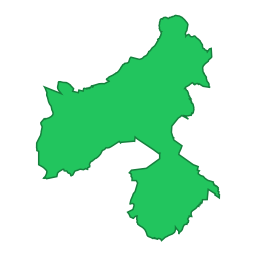 outline of Tepanco de López, Puebla, Mexico
{"feature_id": "50627088B19100619520269", "entity_name": "Tepanco de López", "entity_type": "district", "adm_level": 2, "iso_a3": "MEX", "parent_name": "Mexico", "parent_adm1": "Puebla", "projection": "orthographic", "projection_center": [-97.537, 18.553], "detail": "fine", "context": "isolated", "style": "filled", "palette": "green", "viewbox_px": 256, "rotation_deg": 0, "n_neighbors": 0, "source": "geoboundaries", "source_scale": "gbopen_adm2", "svg_char_len": 5769}
<svg xmlns="http://www.w3.org/2000/svg" viewBox="0 0 256 256"><path d="M209.5,48.9L207.3,51.9L207.0,50.7L205.1,50.0L204.3,48.8L203.1,48.4L202.5,46.7L202.4,44.8L200.5,41.9L200.2,41.0L198.0,38.9L196.7,38.0L194.9,36.1L194.1,36.0L192.8,36.7L192.0,36.8L191.0,36.7L190.4,36.4L189.6,35.2L188.7,34.4L187.3,35.0L186.2,35.7L185.9,36.1L185.9,35.0L185.5,34.5L185.4,33.3L186.0,31.6L186.7,30.8L186.9,30.1L187.9,24.5L187.2,23.0L184.5,19.7L182.0,17.4L179.2,16.0L177.9,15.9L175.7,15.4L174.9,15.6L174.0,16.3L172.3,16.6L172.2,16.9L171.3,17.0L170.8,17.4L169.4,17.5L169.0,18.2L168.1,18.6L167.2,17.9L166.2,17.6L165.9,17.3L163.9,17.5L162.8,18.3L162.7,18.9L162.6,19.0L162.0,18.7L161.2,18.8L160.3,19.7L160.1,21.0L159.6,22.3L159.5,24.3L159.1,25.3L159.5,27.4L159.3,28.7L159.7,29.1L160.0,30.6L161.0,31.5L161.6,31.7L161.0,32.4L161.3,33.8L160.7,35.1L160.7,35.7L159.9,36.8L159.9,37.4L159.3,38.6L158.5,38.7L157.7,39.5L158.1,40.7L157.1,41.8L156.6,42.8L156.4,43.5L155.7,44.2L155.3,45.1L154.7,45.9L152.1,48.0L150.3,50.6L148.7,51.6L148.6,52.3L147.0,54.9L145.7,55.9L144.3,56.5L143.6,57.1L143.0,57.8L142.1,58.5L139.9,59.3L139.1,59.3L130.9,57.2L129.9,58.4L128.7,62.1L127.5,63.0L124.7,63.4L124.4,63.6L124.3,64.0L122.8,64.8L121.5,66.9L121.0,67.3L120.7,68.2L118.9,70.8L117.3,72.5L115.9,73.0L115.5,73.6L114.6,74.0L112.8,75.2L109.0,77.0L108.6,77.6L106.7,78.9L106.5,79.3L106.7,79.8L108.2,80.5L108.8,80.9L109.1,81.3L104.4,83.7L101.9,83.6L99.1,83.8L92.8,85.7L93.1,86.7L92.6,87.0L91.8,85.8L91.5,85.9L90.5,87.6L89.9,87.5L89.7,88.0L89.0,87.8L88.9,88.5L87.1,88.0L86.9,88.9L84.5,88.3L83.7,88.5L83.1,91.1L78.9,90.1L78.3,92.7L72.7,91.3L73.6,88.7L70.4,85.3L70.4,85.1L68.4,83.6L66.4,82.6L63.0,82.4L60.2,81.7L58.7,81.8L58.4,82.3L58.3,83.7L57.7,86.4L57.6,87.3L57.8,88.6L58.8,90.5L61.3,93.7L44.5,87.0L45.1,88.0L47.0,92.8L46.7,94.1L46.8,95.6L47.5,97.3L48.6,101.7L49.5,103.8L51.2,106.3L51.9,109.9L52.6,111.3L53.1,113.0L53.0,114.1L52.7,114.9L51.3,116.5L48.7,118.0L46.3,118.7L45.2,118.6L44.9,119.3L44.1,118.8L40.9,122.6L40.9,123.9L42.2,126.8L41.2,131.8L41.2,132.6L40.5,135.6L39.7,137.0L36.7,143.0L36.6,147.9L37.0,149.1L36.8,149.9L36.9,150.6L38.7,151.3L38.7,164.7L42.6,166.9L44.4,168.3L46.5,170.5L46.8,171.1L46.9,171.7L46.5,173.9L45.3,176.4L44.4,177.4L44.0,177.6L43.6,178.2L44.4,178.3L45.7,178.0L46.6,178.7L56.8,176.6L57.6,173.0L58.7,171.8L62.6,169.4L63.7,169.3L64.2,170.8L65.6,171.0L66.2,170.9L66.8,171.1L67.3,171.5L67.3,171.9L67.6,172.5L68.7,173.2L69.3,173.1L69.8,173.4L70.3,174.0L70.9,175.7L71.1,175.8L72.5,175.1L72.9,174.8L74.5,171.7L75.1,171.0L75.9,170.7L77.2,170.4L78.7,169.8L79.1,169.5L80.5,169.2L83.5,169.7L85.6,168.6L86.2,169.0L86.8,168.8L87.4,169.4L87.6,169.4L87.6,168.2L87.8,167.8L88.2,167.5L89.7,166.8L89.8,165.7L89.4,164.3L90.5,162.0L92.7,160.7L92.8,160.4L93.9,159.7L94.7,158.8L96.4,158.1L98.5,156.4L100.6,153.9L101.8,151.5L102.3,150.6L102.9,150.2L104.2,149.6L105.3,148.7L106.0,147.7L107.4,147.9L109.2,147.6L111.3,146.5L119.2,141.4L120.6,143.0L121.2,142.3L134.1,141.2L134.6,141.3L135.1,137.0L137.3,138.9L153.1,149.4L159.0,153.7L159.8,153.0L160.0,153.1L159.7,153.5L159.7,158.7L146.4,168.3L131.5,170.2L129.3,172.8L131.1,173.9L131.0,174.2L131.4,174.8L131.2,175.3L131.1,176.5L132.1,177.7L132.0,180.5L136.3,180.6L137.6,183.0L135.1,191.6L134.2,192.6L133.1,194.2L132.8,195.5L130.9,199.9L130.0,203.8L130.1,204.0L132.2,203.4L133.7,204.0L134.0,205.0L134.0,205.9L132.9,209.5L127.6,212.2L129.1,214.2L130.3,217.0L131.8,217.6L132.9,218.2L133.4,218.3L134.9,216.7L136.2,216.1L137.1,216.0L136.8,217.4L136.8,218.8L136.8,219.7L137.3,220.6L136.9,222.1L137.6,223.1L137.8,224.2L139.9,225.8L142.6,227.4L144.8,229.5L146.2,232.2L147.2,235.3L147.8,236.1L148.9,236.7L151.3,237.6L152.4,238.3L152.9,238.5L153.2,238.2L153.6,238.2L154.3,237.7L154.8,237.7L155.0,238.0L154.8,238.5L155.5,238.6L156.4,238.9L156.7,238.7L156.8,239.0L157.5,239.2L157.9,238.7L158.5,238.6L158.9,238.3L159.3,238.7L160.3,238.8L160.7,239.1L161.5,240.6L165.4,237.1L167.0,236.5L168.5,235.5L172.3,234.0L173.9,232.8L174.5,232.2L175.0,231.2L175.5,229.2L175.5,227.1L176.8,229.0L178.7,231.0L178.8,231.5L178.8,234.1L179.4,232.5L181.3,230.9L182.3,229.5L182.9,227.4L183.9,225.3L184.7,224.6L186.5,224.2L186.9,224.3L187.4,222.7L188.2,222.5L188.6,220.7L187.7,219.2L187.7,218.8L189.0,217.1L189.2,216.0L190.4,216.4L191.7,216.5L191.0,214.1L191.4,211.8L192.5,210.7L195.8,208.4L197.9,205.9L198.8,206.4L199.1,204.6L200.0,204.8L200.3,203.2L201.1,203.4L201.1,202.5L202.0,202.7L202.5,199.7L207.2,199.6L207.5,196.3L208.2,189.3L215.3,193.8L214.9,194.9L219.3,197.9L219.4,194.5L218.5,193.9L218.9,191.8L217.9,191.1L218.4,189.1L218.0,188.6L218.2,187.7L217.3,187.0L217.3,186.7L216.4,186.0L215.5,185.5L215.5,185.8L213.8,184.7L214.0,184.1L213.2,182.7L213.3,182.0L207.7,180.3L204.8,178.2L203.3,176.4L200.6,175.5L198.2,173.7L198.4,171.8L199.3,170.8L197.3,170.0L198.2,166.6L193.2,164.7L178.8,154.5L179.1,152.7L180.9,148.8L182.0,145.8L173.9,140.1L173.0,137.5L173.4,137.5L172.8,136.9L171.4,132.4L171.8,126.1L178.3,118.0L180.4,116.7L181.6,115.5L182.1,115.7L186.2,117.8L188.4,119.2L184.7,115.7L186.6,116.0L188.5,115.7L190.3,115.3L191.2,115.3L191.9,113.0L192.7,113.4L193.2,112.6L193.9,109.5L193.7,108.6L193.8,107.6L193.0,104.1L192.1,103.2L191.8,103.3L191.3,102.4L191.7,102.3L191.1,100.6L189.6,99.1L191.0,98.9L189.7,97.1L189.5,96.3L189.2,96.3L188.5,94.6L188.5,93.7L187.8,91.8L187.3,90.8L186.4,90.3L185.6,88.6L184.7,88.6L185.7,87.1L189.2,85.1L189.7,84.5L192.3,82.7L193.3,83.4L193.9,84.3L194.8,84.7L195.0,84.5L194.8,84.3L194.9,84.0L195.7,84.0L197.1,83.4L198.1,84.1L198.2,83.9L198.7,84.3L199.1,83.8L203.1,86.3L210.1,87.4L209.0,86.6L209.0,84.1L208.4,82.9L207.1,81.3L206.2,78.0L206.4,77.2L204.4,74.4L204.2,73.7L203.7,73.5L203.7,72.6L202.9,71.6L202.9,69.7L202.7,69.2L202.7,67.3L203.3,65.9L205.1,63.8L208.3,61.2L208.7,59.8L210.6,58.3L211.7,57.0L211.2,48.4L209.5,48.9Z" fill="#22c55e" stroke="#15803d" stroke-width="1.5"/></svg>